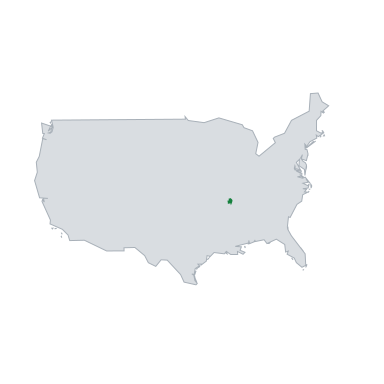 New Madrid, Missouri, United States of America (highlighted), rotated 348°
{"feature_id": "52423323B13750065004346", "entity_name": "New Madrid", "entity_type": "district", "adm_level": 2, "iso_a3": "USA", "parent_name": "United States of America", "parent_adm1": "Missouri", "projection": "albers", "projection_center": [-89.531, 36.604], "detail": "fine", "context": "in_parent", "style": "filled", "palette": "green", "viewbox_px": 384, "rotation_deg": 348, "n_neighbors": 0, "source": "geoboundaries", "source_scale": "gbopen_adm2", "svg_char_len": 4393}
<svg xmlns="http://www.w3.org/2000/svg" viewBox="0 0 384 384"><g transform="rotate(348 192 192)"><path d="M304.2,142.6L323.4,137.3L328.3,120.4L335.9,121.4L338.0,130.8L343.6,136.1L336.7,140.0L336.7,141.8L335.0,139.9L333.9,144.1L328.7,147.8L326.5,158.0L330.6,161.4L332.7,160.5L331.8,158.8L332.6,159.5L333.2,161.5L327.0,164.1L325.4,162.2L325.3,165.2L317.9,167.3L312.8,172.0L313.1,169.8L312.3,168.5L311.6,173.8L313.3,174.5L313.4,178.9L310.4,185.1L305.8,182.3L307.8,178.4L305.3,181.3L307.0,185.0L309.0,187.0L309.6,189.5L305.9,199.3L306.7,193.3L302.1,188.5L303.9,182.4L300.2,184.7L302.7,192.9L298.6,190.9L297.4,191.3L298.2,188.5L298.1,187.7L297.0,190.0L297.2,191.7L303.3,194.3L302.2,195.9L299.3,193.3L298.3,193.0L301.9,196.1L303.4,196.6L302.8,198.8L300.9,197.4L304.0,200.3L303.4,200.8L301.9,199.3L298.3,199.0L303.0,201.5L305.8,201.0L309.6,208.5L306.3,202.8L307.6,206.6L302.3,206.5L306.5,209.8L308.3,208.5L306.4,212.3L301.1,211.8L304.5,213.2L302.0,215.3L305.3,216.2L299.7,217.7L297.4,223.8L292.1,225.9L282.7,237.3L281.2,236.3L278.0,246.1L277.9,248.4L280.1,255.5L289.8,276.0L288.0,287.4L283.9,288.5L279.4,282.8L278.3,277.9L272.1,272.6L273.9,269.8L271.1,270.2L271.8,262.6L264.7,255.7L254.6,258.0L252.6,253.7L242.6,253.6L243.9,252.0L242.1,253.7L237.6,254.5L237.5,251.2L236.8,253.6L223.0,254.2L228.9,255.9L226.9,259.0L231.3,262.0L229.0,263.5L224.1,259.6L223.7,262.6L216.9,261.2L213.2,257.2L210.8,259.2L201.0,255.8L195.0,259.8L196.5,258.7L193.5,257.4L191.6,262.6L185.2,265.6L186.7,264.6L182.8,263.8L184.0,265.7L179.2,267.6L176.9,273.2L174.8,272.1L176.5,273.9L176.4,279.2L178.1,282.6L176.6,283.6L165.5,278.5L163.7,270.4L153.6,253.5L147.7,251.9L141.1,257.2L134.6,252.1L132.5,244.4L124.6,234.4L113.9,232.4L113.3,235.5L96.2,231.9L76.7,216.8L62.3,214.1L61.8,208.3L57.4,201.5L46.5,193.7L47.7,190.0L43.3,170.0L44.2,168.3L45.4,171.2L45.4,167.2L49.7,168.3L41.7,166.0L40.4,148.1L44.8,140.5L45.9,130.5L50.0,125.4L57.1,108.8L60.6,110.6L56.9,108.3L59.7,104.1L58.2,103.7L59.2,93.3L67.5,98.2L64.0,102.6L68.1,100.0L66.4,104.1L63.9,104.4L65.4,105.1L67.6,104.0L69.7,99.9L69.5,92.5L200.7,119.4L200.9,116.8L203.2,121.3L218.3,126.7L233.7,125.1L255.2,136.7L256.2,139.9L263.9,144.7L266.9,157.2L262.3,167.8L265.0,170.9L283.8,161.1L282.6,156.5L284.2,155.5L294.7,153.8L304.2,142.6ZM320.5,169.0L323.6,167.9L312.7,172.9L321.5,167.6L320.5,169.0ZM68.8,96.8L69.0,99.9L68.8,100.3L67.9,97.7L68.8,96.8ZM178.0,281.7L176.8,276.9L177.1,274.2L177.1,277.0L178.0,281.7ZM337.6,140.2L337.8,141.7L337.2,141.5L337.6,140.2ZM213.3,258.6L213.5,259.8L212.4,258.8L213.3,258.6ZM49.9,199.4L51.4,199.3L51.5,199.5L49.9,199.4ZM48.5,198.5L47.7,199.1L47.4,198.3L48.5,198.5ZM330.0,163.7L329.3,164.8L329.0,164.7L330.0,163.7ZM178.2,271.8L177.2,273.9L179.6,269.9L178.2,271.8ZM286.8,269.2L288.7,273.3L286.5,268.9L286.8,269.2ZM56.0,205.1L56.2,206.4L55.8,205.1L56.0,205.1ZM288.7,288.0L287.5,289.4L289.4,286.5L288.7,288.0ZM310.4,211.0L309.3,212.9L309.8,208.8L310.4,211.0ZM68.3,94.2L68.0,95.0L67.7,94.4L68.3,94.2ZM184.0,266.6L181.8,267.4L184.1,266.3L184.0,266.6ZM333.1,163.6L333.3,164.6L332.3,164.5L333.1,163.6ZM55.0,208.1L55.1,209.6L54.8,208.2L55.0,208.1ZM181.2,268.1L180.2,268.6L181.1,267.8L181.2,268.1ZM309.3,191.3L308.3,193.7L309.4,190.4L309.3,191.3ZM194.3,260.7L192.8,261.4L194.9,260.1L194.3,260.7ZM278.4,247.2L278.2,248.9L278.0,247.7L278.4,247.2ZM305.8,216.4L305.4,216.8L306.6,215.3L305.8,216.4ZM258.3,257.4L256.6,258.4L255.9,258.2L258.3,257.4ZM237.0,254.2L236.7,254.5L235.7,254.5L237.0,254.2ZM276.4,278.2L276.7,279.4L276.1,278.0L276.4,278.2ZM232.6,256.7L232.3,257.8L232.2,255.8L232.6,256.7ZM285.0,291.3L284.0,291.5L285.3,291.0L285.0,291.3ZM313.2,179.7L312.8,180.9L313.3,179.3L313.2,179.7ZM308.3,213.3L307.8,213.8L307.7,213.8L308.3,213.3Z" fill="#d9dde1" stroke="#a8b0b8" stroke-width="1"/><path d="M228.0,210.7L228.2,210.4L228.1,210.2L228.0,209.9L228.1,209.7L227.9,209.4L227.9,209.2L227.9,208.9L228.0,208.9L228.3,209.0L228.4,209.3L228.3,209.5L228.3,209.8L228.5,209.8L228.6,209.7L228.8,209.3L228.8,209.2L228.9,208.9L228.9,208.7L229.0,208.7L229.1,208.4L229.0,208.2L228.9,208.0L228.8,207.8L228.7,207.7L228.6,207.4L228.3,207.1L228.2,207.1L228.1,206.8L227.9,206.8L227.6,206.9L227.3,206.9L227.1,206.9L227.1,207.8L227.1,208.6L225.6,208.6L225.6,209.2L225.6,209.5L225.6,209.8L225.5,210.3L225.8,210.3L226.8,210.3L226.8,210.1L227.1,210.1L227.4,210.2L227.6,210.1L227.8,210.3L227.9,210.5L228.0,210.5L228.0,210.7Z" fill="#22c55e" stroke="#15803d" stroke-width="1.5"/></g></svg>